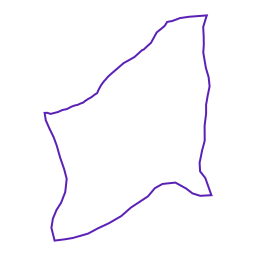 Aniocha North, Delta, Nigeria (Natural Earth projection)
{"feature_id": "59680162B16701148271715", "entity_name": "Aniocha North", "entity_type": "district", "adm_level": 2, "iso_a3": "NGA", "parent_name": "Nigeria", "parent_adm1": "Delta", "projection": "natural_earth1", "projection_center": [6.478, 6.367], "detail": "fine", "context": "isolated", "style": "outline", "palette": "violet", "viewbox_px": 256, "rotation_deg": 0, "n_neighbors": 0, "source": "geoboundaries", "source_scale": "gbopen_adm2", "svg_char_len": 1386}
<svg xmlns="http://www.w3.org/2000/svg" viewBox="0 0 256 256"><path d="M44.6,112.9L45.8,120.3L49.4,128.5L53.7,137.3L56.8,145.8L60.3,158.1L60.5,158.6L64.1,169.0L66.7,178.8L65.7,188.1L65.2,192.2L61.1,202.7L56.5,210.0L52.9,218.6L51.4,227.8L54.6,240.6L64.9,239.3L72.7,238.0L88.1,233.6L97.4,228.6L102.3,226.3L104.1,225.5L109.3,223.0L114.8,219.8L121.2,216.1L131.0,207.5L136.5,203.9L137.7,203.1L148.0,196.3L151.4,192.3L154.7,188.3L160.0,185.3L162.4,184.0L164.7,183.7L175.4,182.6L186.1,188.5L192.5,193.4L200.2,195.8L211.4,195.2L205.3,178.0L200.1,171.4L199.6,162.8L201.4,154.0L202.1,150.5L202.9,147.6L204.7,140.7L204.6,126.1L204.7,125.0L206.1,113.8L206.1,108.8L206.1,104.6L206.8,100.8L207.6,96.1L209.6,86.3L208.6,77.1L205.9,68.0L203.3,52.7L203.3,52.3L203.8,44.7L203.7,36.8L203.2,27.0L205.0,21.0L205.8,18.4L206.8,15.4L199.0,16.0L188.7,16.8L179.9,18.1L178.1,18.8L176.9,19.3L176.6,19.4L176.3,19.5L171.9,21.1L169.3,21.5L167.1,22.0L164.6,26.0L157.1,32.1L156.7,32.4L151.0,42.8L146.4,47.0L143.6,49.6L142.1,50.1L134.5,57.0L132.0,58.4L129.1,60.1L123.6,63.1L120.5,65.8L110.5,74.4L107.8,76.9L106.3,78.7L105.2,80.0L104.9,80.2L103.8,81.5L101.2,85.0L98.9,89.1L97.1,93.2L95.3,94.2L91.4,97.2L87.8,99.2L84.8,101.2L83.0,102.7L81.3,103.2L80.6,103.5L78.8,104.3L78.2,104.7L74.3,105.6L71.6,106.6L66.8,109.1L62.4,110.0L58.0,112.0L50.6,113.9L47.2,112.8L44.6,112.9Z" fill="none" stroke="#5b21b6" stroke-width="2"/></svg>